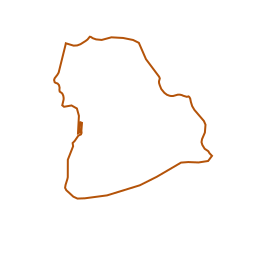 SVG path tracing the border of Los Santos, rotated 111°
{"feature_id": "PAN-1339", "entity_name": "Los Santos", "entity_type": "Province", "adm_level": 1, "iso_a3": "PAN", "parent_name": "Panama", "parent_adm1": "", "projection": "mercator", "projection_center": [-80.421, 7.617], "detail": "fine", "context": "isolated", "style": "outline", "palette": "amber", "viewbox_px": 256, "rotation_deg": 111, "n_neighbors": 0, "source": "natural_earth", "source_scale": "10m", "svg_char_len": 1307}
<svg xmlns="http://www.w3.org/2000/svg" viewBox="0 0 256 256"><g transform="rotate(111 128 128)"><path d="M123.9,39.6L130.1,41.4L134.9,49.8L138.2,59.5L141.3,66.1L163.3,83.7L177.3,96.5L198.4,123.4L209.1,143.1L212.0,149.9L211.7,154.4L208.2,163.3L206.4,165.3L203.5,165.9L197.4,166.3L195.5,166.6L179.2,172.8L164.7,172.7L161.9,174.3L159.1,173.1L152.9,171.6L150.8,169.6L149.2,169.6L147.1,170.6L139.7,172.8L139.7,174.3L142.7,174.0L145.1,173.4L147.2,172.5L149.2,171.3L150.8,172.8L134.2,178.2L128.1,182.7L127.2,188.8L131.1,195.3L130.4,197.5L124.6,198.3L123.1,198.8L121.2,199.9L119.8,201.2L119.1,202.3L118.5,204.8L117.0,205.7L114.9,206.3L112.7,207.8L111.7,209.7L111.8,211.4L111.6,212.8L109.7,214.2L107.9,214.3L103.6,213.0L101.1,212.6L72.9,216.1L71.2,216.4L70.6,208.3L69.1,205.0L66.8,202.4L62.0,198.8L59.9,197.5L56.5,196.4L56.3,195.4L56.8,192.9L56.7,189.5L55.2,184.1L49.3,176.0L45.7,164.8L44.0,154.8L44.6,148.4L57.3,135.9L69.0,117.3L70.3,116.1L73.3,115.8L74.9,115.1L76.8,113.6L79.7,110.9L82.1,106.7L83.0,103.6L83.0,100.9L82.7,99.2L82.0,97.4L79.0,93.4L78.3,91.6L78.0,89.5L78.1,87.9L77.8,84.2L76.8,82.8L77.1,81.9L78.2,80.5L81.2,78.6L84.6,75.9L87.3,72.5L94.3,59.6L97.2,56.8L104.7,54.6L111.9,54.9L114.9,54.3L117.2,52.5L119.9,49.0L120.9,44.7L122.4,42.8L123.9,39.6Z" fill="none" stroke="#b45309" stroke-width="2"/></g></svg>